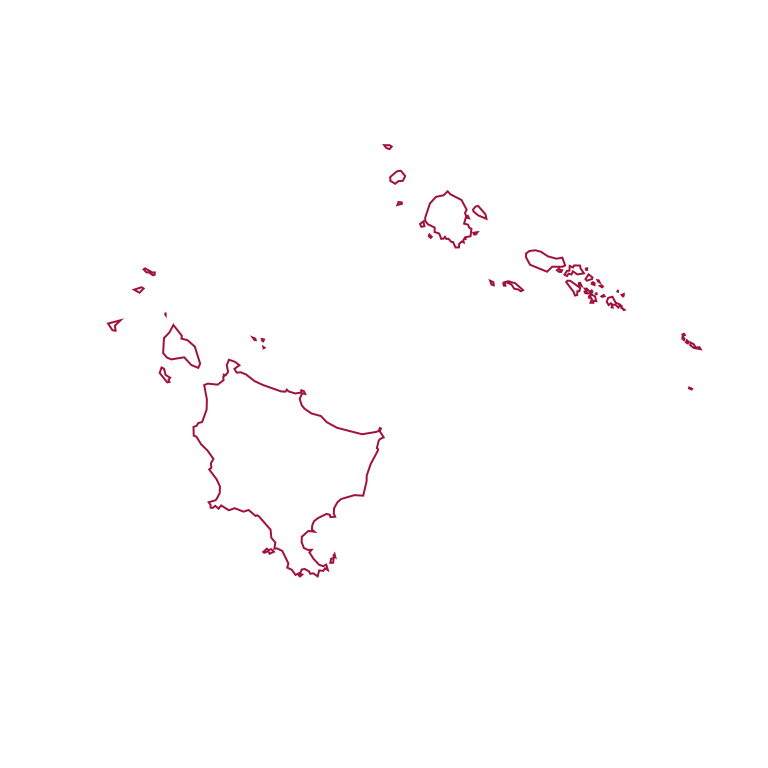 Ko Samui, Surat Thani, Thailand (Robinson projection), rotated 120°
{"feature_id": "78962969B93430934816346", "entity_name": "Ko Samui", "entity_type": "district", "adm_level": 2, "iso_a3": "THA", "parent_name": "Thailand", "parent_adm1": "Surat Thani", "projection": "robinson", "projection_center": [99.825, 9.553], "detail": "fine", "context": "isolated", "style": "outline", "palette": "rose", "viewbox_px": 768, "rotation_deg": 120, "n_neighbors": 0, "source": "geoboundaries", "source_scale": "gbopen_adm2", "svg_char_len": 6220}
<svg xmlns="http://www.w3.org/2000/svg" viewBox="0 0 768 768"><g transform="rotate(120 384 384)"><path d="M573.2,339.6L569.3,343.7L572.2,345.6L573.0,349.9L570.6,357.8L567.1,364.4L563.8,363.8L565.7,366.8L566.1,371.4L562.1,376.3L557.4,378.8L549.1,376.0L546.7,370.4L546.0,373.7L542.4,375.4L537.7,376.0L533.1,374.1L525.2,368.8L524.4,365.5L526.0,363.9L523.4,359.9L521.3,362.7L516.6,365.1L509.6,365.2L505.0,363.6L495.1,354.1L491.1,346.2L477.0,350.4L471.9,353.2L460.0,355.5L445.1,356.0L443.5,356.4L443.2,358.1L436.2,360.1L433.8,360.1L430.4,357.6L427.0,364.1L424.1,364.4L424.2,365.5L427.4,365.1L429.5,366.9L438.5,377.9L445.4,402.8L445.7,414.5L443.3,422.6L445.8,432.2L445.1,440.6L443.4,444.8L439.0,449.6L433.0,450.2L432.0,447.3L430.2,449.9L430.8,452.5L432.9,451.5L436.6,456.2L438.1,462.8L437.5,465.4L439.9,465.5L441.9,469.5L445.4,488.5L446.2,497.5L444.7,508.2L445.5,513.9L447.8,517.3L445.7,521.1L440.1,518.6L439.3,524.0L440.5,530.4L446.3,529.6L451.4,525.1L455.6,525.5L456.1,528.4L456.2,526.1L458.2,526.8L460.9,524.9L467.7,527.7L471.8,536.8L474.8,539.2L485.9,529.7L494.9,524.8L507.9,522.5L510.7,525.3L513.7,525.3L516.5,527.5L523.9,522.9L523.4,520.1L527.6,512.4L529.9,503.5L534.2,494.2L539.1,494.3L543.0,491.6L545.4,492.7L550.2,481.4L554.7,474.9L560.7,471.7L566.8,471.5L568.8,471.7L574.1,476.7L575.4,473.8L577.8,472.3L577.0,470.5L573.9,469.2L574.7,465.0L570.6,464.3L570.9,455.2L566.2,451.2L564.8,441.9L560.8,438.2L562.5,429.1L561.1,428.2L561.2,426.1L566.9,409.4L573.5,404.7L575.6,398.8L581.5,396.6L579.9,394.6L579.4,388.6L587.3,377.0L591.4,376.0L591.0,370.9L593.6,365.2L589.0,362.1L585.8,362.5L583.8,360.1L583.8,355.2L585.2,352.9L583.3,350.6L583.8,345.3L577.9,346.9L576.2,343.2L573.1,342.9L573.2,339.6ZM212.8,382.9L205.9,385.9L206.0,388.4L204.0,390.9L205.1,394.8L197.6,396.7L195.4,399.4L191.8,399.5L185.9,408.8L186.5,421.3L185.3,425.2L190.7,426.7L196.0,432.6L204.7,434.5L219.3,431.5L222.1,429.8L223.7,426.0L223.2,418.3L227.1,416.2L226.1,411.4L229.7,407.0L228.3,405.1L226.1,404.8L227.2,402.6L226.0,400.7L227.3,396.5L226.5,395.2L230.0,390.3L228.2,387.4L225.2,388.9L221.9,388.0L221.5,385.7L220.0,387.2L216.3,387.1L212.8,382.9ZM462.9,552.9L458.3,553.4L446.2,566.6L444.3,576.3L446.0,582.1L443.3,583.2L438.2,595.9L446.6,595.6L454.3,597.5L467.7,590.7L469.6,585.3L469.1,580.6L460.8,570.4L463.9,560.4L462.9,552.9ZM193.2,288.0L190.8,286.4L185.4,292.7L189.2,297.2L191.5,305.8L191.0,314.3L192.5,319.7L196.1,324.6L200.0,326.2L203.3,324.3L207.7,317.1L205.2,298.9L198.4,297.0L193.2,288.0ZM201.6,482.1L204.9,480.1L205.0,474.4L201.3,473.1L198.6,469.3L193.3,469.6L190.9,476.1L193.3,479.1L201.6,482.1ZM192.0,276.8L192.4,271.3L188.2,266.2L185.6,271.6L183.4,273.4L186.2,278.6L188.5,278.6L188.9,282.2L193.1,280.1L194.6,282.1L199.1,282.4L199.0,279.5L196.2,279.4L195.4,276.4L192.0,276.8ZM211.9,262.9L210.4,261.2L207.0,262.9L205.9,261.3L202.7,262.1L201.5,274.3L202.9,276.9L204.7,277.1L209.4,265.8L211.9,262.9ZM188.3,394.1L189.7,393.0L190.9,386.8L189.7,377.9L186.3,381.0L182.7,391.5L184.5,393.4L188.3,394.1ZM491.0,572.5L489.5,570.8L488.2,572.7L485.5,572.3L485.4,577.6L480.8,582.1L480.9,584.9L486.6,583.8L491.0,572.5ZM200.7,219.3L197.2,219.3L197.7,224.1L194.2,229.8L197.3,232.9L201.5,232.2L203.3,228.9L200.8,228.1L200.9,225.1L199.6,223.4L200.7,219.3ZM473.2,646.1L472.1,643.1L468.0,646.2L460.5,644.0L469.6,653.2L473.2,646.1ZM234.8,329.7L234.1,323.4L236.4,318.8L235.0,315.0L235.3,311.9L233.2,310.5L231.1,320.6L232.8,327.7L234.8,329.7ZM207.3,244.7L206.2,241.6L202.6,245.0L202.7,248.7L205.7,250.3L206.8,249.3L205.5,248.5L206.4,246.6L210.4,245.8L209.0,243.3L207.3,244.7ZM427.3,647.6L427.2,641.4L421.5,639.9L421.4,642.3L427.3,647.6ZM192.4,262.0L193.1,260.0L189.0,256.3L187.5,256.7L186.8,261.6L192.4,262.0ZM588.2,398.2L584.4,395.5L583.5,399.1L585.7,401.3L585.2,403.1L589.8,404.6L590.1,403.4L586.6,400.4L588.2,398.2ZM404.9,649.5L406.1,645.6L404.9,643.4L405.3,638.2L403.9,637.2L402.0,638.4L403.2,640.0L403.3,648.7L404.9,649.5ZM197.9,133.7L195.5,127.2L194.4,129.2L196.6,132.4L194.7,135.5L194.8,139.2L197.2,138.3L197.9,133.7ZM177.9,496.7L174.5,496.0L174.4,498.6L177.1,503.3L178.4,500.1L177.9,496.7ZM227.4,432.8L229.2,430.2L227.1,427.9L223.5,431.2L227.4,432.8ZM564.3,338.7L559.5,340.6L561.9,342.4L565.7,341.1L564.3,338.7ZM241.5,343.8L244.2,340.6L243.6,338.3L241.1,340.2L241.5,343.8ZM198.3,286.5L196.4,286.7L197.2,288.3L196.4,290.1L199.0,291.2L199.4,288.5L198.3,286.5ZM222.3,461.9L219.1,458.6L217.9,459.4L219.1,462.4L222.3,461.9ZM208.4,382.2L209.5,380.8L208.5,379.2L205.7,378.9L208.4,382.2ZM202.4,249.6L199.7,249.7L199.1,250.9L201.4,252.1L202.4,249.6ZM234.1,416.6L232.7,416.2L231.8,419.4L233.6,419.2L234.1,416.6ZM199.1,265.7L200.6,264.8L200.3,261.9L198.3,264.8L199.1,265.7ZM193.1,251.2L191.5,251.9L191.3,253.9L192.6,254.6L193.5,254.1L193.1,251.2ZM197.0,141.2L195.2,141.3L194.7,143.6L197.0,143.3L197.0,141.2ZM238.9,329.3L238.2,328.0L235.7,330.1L237.1,331.1L238.9,329.3ZM592.7,360.5L589.9,359.6L590.4,362.1L592.3,362.2L592.7,360.5ZM201.0,257.7L201.9,255.6L200.6,254.1L200.0,256.2L201.0,257.7ZM203.7,256.5L204.7,255.1L203.6,252.6L202.7,255.8L203.7,256.5ZM196.0,146.1L194.6,146.3L193.8,149.1L195.6,148.4L196.0,146.1ZM409.4,520.9L410.7,518.0L410.2,517.0L409.0,518.1L409.4,520.9ZM188.7,220.8L187.8,220.5L186.2,221.3L188.0,222.8L188.7,220.8ZM197.4,396.5L198.4,395.0L198.0,393.3L196.4,395.6L197.4,396.5ZM197.7,236.8L197.0,238.2L199.4,239.5L199.5,238.6L197.7,236.8ZM406.1,512.3L407.6,510.8L407.4,509.9L405.4,510.2L406.1,512.3ZM235.3,117.7L234.9,114.8L234.1,114.8L234.4,117.9L235.3,117.7ZM191.9,150.3L192.9,149.0L191.1,147.9L190.5,149.3L191.9,150.3ZM556.0,341.8L557.9,341.8L558.2,339.7L556.0,341.8ZM191.1,246.0L191.3,243.5L190.1,243.1L189.7,244.7L191.1,246.0ZM187.4,251.1L188.2,249.8L188.2,248.0L186.9,249.8L187.4,251.1ZM183.2,266.9L184.2,265.9L183.5,265.1L182.2,265.9L183.2,266.9ZM198.7,218.8L197.5,216.2L198.0,218.9L198.7,218.8ZM187.1,227.5L185.5,228.4L187.2,228.1L187.1,227.5ZM199.1,215.4L200.1,213.4L199.5,212.8L199.1,215.4ZM412.2,507.1L413.3,506.2L412.3,505.6L412.2,507.1ZM199.8,245.8L200.6,244.3L199.2,245.3L199.8,245.8ZM431.3,608.8L433.3,608.2L433.6,607.5L431.3,608.8ZM202.3,225.9L203.9,225.1L203.4,224.2L202.3,225.9ZM199.0,216.8L200.2,215.7L198.8,216.5L199.0,216.8ZM216.6,387.0L217.8,385.8L217.9,385.1L216.6,387.0Z" fill="none" stroke="#9f1239" stroke-width="2"/></g></svg>